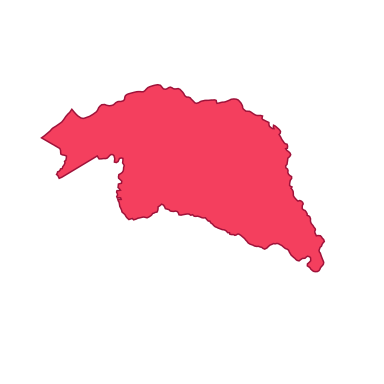 outline of Santana, Amapá, Brazil, rotated 149°
{"feature_id": "56859067B35347947791868", "entity_name": "Santana", "entity_type": "district", "adm_level": 2, "iso_a3": "BRA", "parent_name": "Brazil", "parent_adm1": "Amapá", "projection": "mercator", "projection_center": [-51.377, 0.176], "detail": "fine", "context": "isolated", "style": "filled", "palette": "rose", "viewbox_px": 384, "rotation_deg": 149, "n_neighbors": 0, "source": "geoboundaries", "source_scale": "gbopen_adm2", "svg_char_len": 5691}
<svg xmlns="http://www.w3.org/2000/svg" viewBox="0 0 384 384"><g transform="rotate(149 192 192)"><path d="M293.1,315.9L282.9,297.4L283.2,295.4L284.1,293.8L284.9,292.1L284.1,290.7L282.3,289.1L281.1,287.5L282.1,286.0L283.6,284.3L285.5,283.9L285.9,282.3L287.7,281.1L289.8,280.2L291.2,278.9L292.8,279.5L293.9,278.6L295.5,278.2L296.8,278.5L297.8,277.5L299.1,276.8L298.5,275.2L298.7,273.4L298.8,272.1L296.0,271.7L292.9,271.7L290.0,271.7L281.5,271.7L273.6,271.7L267.6,271.7L265.7,271.7L264.1,271.7L257.5,271.7L254.7,271.7L254.6,268.2L252.6,267.1L250.5,266.2L248.8,265.1L247.2,264.7L245.6,265.1L244.0,265.6L242.3,265.9L240.7,264.9L240.2,263.2L241.1,260.2L242.1,259.0L243.1,257.6L241.7,256.2L239.7,256.2L238.1,257.3L236.9,258.1L235.2,257.7L233.9,256.4L235.0,254.6L236.5,252.7L236.4,251.2L236.5,249.5L238.0,248.2L239.1,246.6L240.1,245.5L241.7,244.7L243.6,244.5L245.7,244.6L247.2,242.9L247.8,241.6L247.2,239.7L246.6,237.5L248.0,235.8L249.7,236.4L251.0,236.7L253.1,233.9L252.6,232.5L252.4,230.4L254.3,231.1L255.6,231.8L256.7,230.8L256.8,229.2L257.3,227.7L258.9,226.9L259.1,225.4L257.3,224.7L256.2,223.8L256.5,222.1L257.7,222.8L259.4,223.8L259.8,222.4L259.8,220.7L260.6,218.6L261.3,216.9L261.5,214.2L261.8,212.4L262.3,210.9L261.6,208.8L261.1,207.2L261.2,205.7L261.1,203.8L260.3,200.9L258.4,200.5L256.8,200.0L256.4,198.2L254.1,197.6L251.9,197.4L249.7,196.6L247.7,196.0L246.2,195.4L245.2,194.4L243.8,193.0L241.7,192.8L239.4,192.9L238.1,193.2L236.9,193.9L235.6,193.5L234.2,193.5L232.3,192.8L231.1,193.6L229.9,194.9L228.8,196.7L226.6,196.8L224.3,197.2L223.2,195.5L223.1,193.4L223.4,191.4L221.9,189.9L220.7,188.5L220.4,186.9L219.3,185.9L217.8,184.8L215.9,184.1L214.6,182.7L214.5,181.1L214.9,179.1L213.3,177.8L211.7,177.3L210.4,176.8L208.8,176.2L207.3,175.6L205.9,174.6L205.0,172.7L203.2,172.3L202.6,170.1L201.2,169.1L199.6,168.4L198.0,166.6L196.8,164.9L195.6,163.9L193.8,163.0L193.5,160.9L193.0,158.7L191.7,157.8L191.9,156.1L190.9,153.8L190.7,152.2L190.0,150.2L188.9,148.8L188.2,147.6L186.9,146.0L185.5,144.2L183.8,142.9L182.8,141.2L182.3,138.7L180.8,137.8L181.3,136.3L180.1,135.2L178.2,134.0L177.6,132.8L176.3,132.4L174.8,132.5L173.6,131.9L172.5,129.8L171.7,127.4L170.9,125.0L170.7,123.1L170.3,121.5L170.1,119.4L169.1,117.4L167.9,116.0L167.0,114.9L166.3,113.6L164.7,112.1L162.9,111.1L162.0,109.9L160.7,108.6L160.2,107.1L159.1,105.6L156.5,105.4L154.4,106.0L152.4,106.3L150.7,106.0L148.7,105.8L147.4,104.7L146.0,104.3L144.7,103.4L143.8,101.8L142.6,99.9L142.1,98.3L141.7,97.1L141.1,95.5L139.8,93.9L139.2,92.3L139.5,90.4L139.5,88.4L139.5,86.6L139.0,85.2L138.6,83.7L138.0,82.2L137.7,80.6L137.1,79.2L135.7,77.8L133.5,78.1L131.6,78.2L129.3,77.0L127.5,77.4L126.1,77.5L124.9,76.3L124.2,74.9L124.7,73.6L125.7,71.9L127.8,71.3L130.1,70.9L131.2,69.3L130.5,67.8L129.9,66.6L129.9,64.8L129.1,62.2L128.4,61.1L127.2,60.1L125.4,59.2L123.6,59.2L122.2,59.9L121.0,60.8L119.6,61.4L118.0,61.8L116.5,62.5L115.3,63.9L115.0,65.6L114.8,67.0L114.4,69.4L113.9,71.9L113.5,73.5L113.7,74.9L113.2,76.5L112.0,77.5L110.7,78.6L108.9,78.9L107.5,80.1L106.1,80.8L104.1,81.4L103.6,83.5L104.1,85.2L104.1,86.8L104.5,88.4L106.4,89.8L108.0,90.4L107.8,91.8L107.7,93.5L107.0,95.2L105.7,96.0L105.3,97.2L105.6,98.8L105.6,100.7L105.8,102.1L106.0,103.4L105.8,105.0L105.3,106.3L104.2,108.0L103.8,110.2L104.3,111.5L105.3,112.6L104.5,114.1L104.4,116.4L104.6,117.9L105.6,119.2L106.1,120.9L105.3,122.3L104.3,123.7L102.8,124.5L102.5,126.1L102.9,127.7L104.0,129.2L105.8,129.6L106.4,131.3L106.7,132.9L107.0,134.6L107.0,136.6L105.8,138.8L105.0,140.5L104.9,142.6L105.2,144.1L103.7,144.8L104.5,146.0L105.0,147.3L103.9,149.0L102.7,150.4L101.7,151.4L99.6,152.3L98.7,153.9L99.7,155.8L100.1,157.5L99.8,159.5L98.7,160.8L98.3,162.5L99.1,164.4L98.2,166.2L96.3,166.8L95.0,168.4L93.8,169.8L92.5,171.6L89.9,172.1L88.2,173.1L87.9,174.8L88.4,176.8L89.3,178.8L89.4,180.9L87.7,180.4L86.4,182.1L85.9,184.0L87.2,185.3L87.7,186.8L87.7,188.2L87.9,189.9L87.9,191.7L87.7,193.1L87.7,194.8L87.8,196.4L86.0,197.0L84.9,198.4L85.0,200.2L85.3,201.5L85.9,203.3L86.3,204.6L86.8,205.9L87.7,207.2L88.8,205.8L89.1,204.1L90.3,204.9L91.1,206.4L91.8,208.4L91.3,210.3L90.3,212.0L91.5,213.8L92.3,215.0L93.1,216.4L94.0,217.6L94.1,219.1L92.4,220.8L93.8,222.3L96.4,223.8L97.8,225.0L99.2,227.6L100.2,229.9L101.1,231.5L102.3,232.3L104.2,233.6L104.9,235.6L105.3,236.9L105.1,238.4L104.5,239.5L104.3,241.0L104.2,243.1L104.7,245.9L105.1,247.3L106.3,248.8L108.2,250.2L110.7,251.3L112.4,251.4L115.1,251.8L117.2,252.2L118.5,252.7L119.8,253.4L121.2,253.9L122.9,254.3L124.9,255.1L124.7,256.4L124.1,258.0L125.0,259.2L126.7,260.1L128.3,261.0L130.5,262.0L133.8,263.9L135.4,264.4L136.8,264.9L138.1,265.2L140.1,265.1L142.5,265.7L143.6,266.9L144.0,268.8L144.4,270.5L144.8,271.8L145.0,273.6L146.1,275.1L147.8,276.2L148.6,278.4L148.4,280.6L148.6,282.6L149.0,284.3L149.4,286.1L150.6,287.8L152.4,288.5L153.7,289.2L154.8,290.2L155.5,291.7L156.5,293.0L157.8,293.4L159.1,293.4L160.5,293.4L161.7,293.7L163.4,295.1L163.7,297.0L164.1,299.7L166.1,301.6L168.1,302.4L169.8,303.0L171.8,303.5L173.9,304.0L176.1,304.2L178.3,303.7L180.2,303.1L182.0,303.0L183.4,303.7L184.5,304.6L186.3,305.7L187.7,306.4L190.4,307.3L191.8,307.7L193.9,308.3L196.1,308.9L197.6,309.1L199.3,308.9L200.4,308.2L201.4,307.1L202.3,306.0L204.1,305.6L206.3,306.2L207.9,307.2L209.1,307.7L211.4,307.8L213.1,307.4L214.6,307.2L216.4,307.6L218.5,308.5L220.5,310.3L221.8,312.0L224.4,313.3L226.7,313.0L228.6,312.3L230.4,311.0L232.5,310.0L236.6,309.6L238.1,309.6L240.8,309.6L243.3,310.1L245.9,310.6L247.4,311.1L249.1,312.7L250.7,316.1L251.3,318.4L251.8,320.9L252.4,324.8L255.9,323.2L258.0,322.8L261.3,321.7L264.7,320.1L267.4,319.1L268.9,318.9L274.8,318.5L278.2,318.5L279.8,318.2L282.2,317.4L289.5,316.2L293.1,315.9Z" fill="#f43f5e" stroke="#9f1239" stroke-width="1.5"/></g></svg>